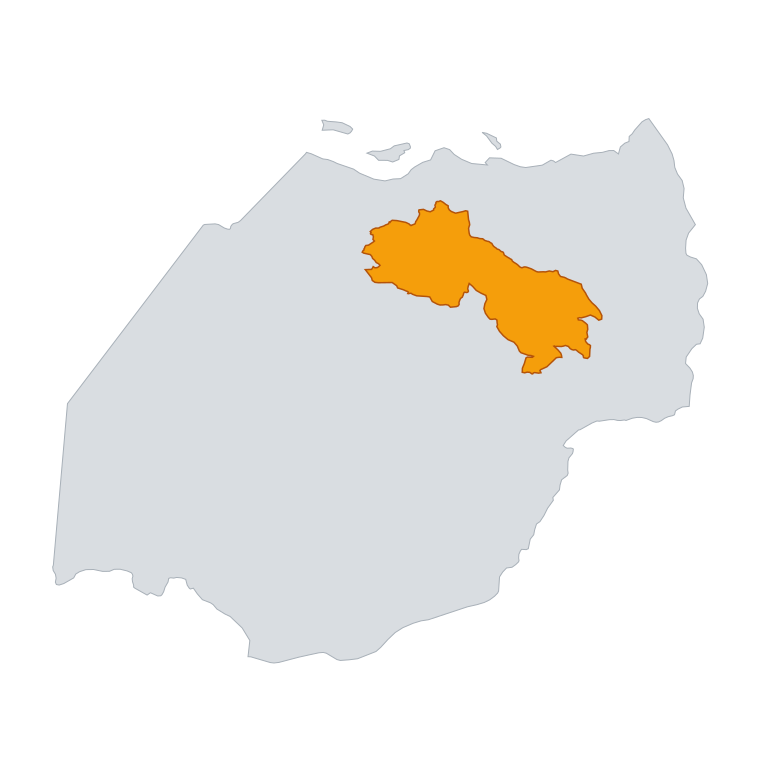 where Morogoro sits in United Republic of Tanzania, rotated 275°
{"feature_id": "TZA-3379", "entity_name": "Morogoro", "entity_type": "Region", "adm_level": 1, "iso_a3": "TZA", "parent_name": "United Republic of Tanzania", "parent_adm1": "", "projection": "robinson", "projection_center": [37.042, -7.875], "detail": "fine", "context": "in_parent", "style": "filled", "palette": "amber", "viewbox_px": 768, "rotation_deg": 275, "n_neighbors": 0, "source": "natural_earth", "source_scale": "10m", "svg_char_len": 7996}
<svg xmlns="http://www.w3.org/2000/svg" viewBox="0 0 768 768"><g transform="rotate(275 384 384)"><path d="M282.9,562.8L274.5,557.8L266.9,554.8L260.6,551.4L257.8,548.1L251.9,546.8L246.9,546.3L242.2,543.2L232.5,542.1L231.4,540.1L231.3,535.5L229.6,534.4L226.1,533.2L222.3,533.3L220.0,533.9L218.6,533.6L215.5,530.9L212.6,527.5L211.4,522.1L207.0,518.6L201.9,515.9L187.8,516.2L185.6,515.4L182.2,512.6L178.2,508.1L175.1,502.9L172.3,495.9L169.3,486.5L153.0,448.7L151.3,441.6L148.1,433.7L142.9,424.0L137.4,416.8L129.9,410.2L121.4,403.7L116.8,399.3L108.0,381.6L106.2,373.2L104.8,364.6L105.4,361.1L110.8,350.0L111.3,346.9L110.6,342.7L107.9,333.9L104.5,323.1L97.5,303.6L96.5,298.7L96.6,295.0L100.6,275.1L100.5,272.3L116.8,272.7L128.6,264.0L139.0,251.0L141.0,245.6L145.2,237.2L149.3,233.1L150.9,230.2L153.3,221.9L158.7,216.3L164.0,211.9L162.9,208.9L163.6,207.8L166.5,205.5L172.1,203.5L173.2,199.2L173.2,194.2L172.3,191.5L172.4,188.3L171.6,186.5L167.9,186.1L162.5,183.6L157.9,182.6L154.8,181.2L153.6,180.1L153.1,177.1L155.7,169.5L153.1,166.4L158.8,153.8L159.8,152.3L161.9,152.1L165.1,150.7L168.1,150.1L170.6,150.6L172.4,150.1L174.0,148.7L175.4,144.4L176.5,137.2L175.9,131.4L173.5,126.9L172.8,120.1L173.9,110.9L173.1,103.2L170.5,97.1L167.8,93.5L163.8,91.8L157.3,82.4L155.4,77.9L155.7,75.1L157.9,73.9L162.0,74.3L165.8,73.3L169.4,70.7L172.9,69.9L174.7,70.4L336.9,70.4L526.5,190.1L527.3,191.5L528.8,201.8L528.4,205.3L525.5,211.3L524.7,214.4L524.6,216.5L525.4,217.4L527.8,217.7L530.0,219.1L530.7,220.2L532.4,224.7L534.4,226.9L606.4,285.7L608.0,286.6L607.0,291.5L602.9,303.4L602.7,308.4L601.1,314.3L599.6,318.1L595.4,335.0L591.9,341.3L587.2,356.0L586.4,367.3L589.0,375.2L590.0,382.6L595.5,389.8L599.9,392.4L602.9,395.7L608.2,403.3L611.3,410.9L620.8,414.6L624.6,423.2L623.2,429.0L618.8,433.9L614.6,441.8L611.3,452.1L611.2,467.9L613.4,465.5L618.5,469.4L619.1,481.0L613.9,494.6L612.3,500.9L612.0,506.3L615.8,522.6L621.5,530.8L621.0,533.4L619.6,535.6L629.3,550.2L628.5,562.9L632.2,572.8L633.8,581.4L636.2,588.0L636.6,592.5L633.6,597.5L640.7,598.8L644.9,602.9L646.9,606.9L652.0,606.7L654.8,609.4L658.8,611.6L667.7,618.2L670.1,621.5L671.5,624.7L647.0,645.6L638.2,651.0L631.9,653.4L625.1,654.8L618.7,658.1L612.7,663.3L604.9,665.9L595.5,665.9L585.5,669.5L569.9,680.3L560.9,674.3L553.7,672.4L545.5,672.6L540.5,673.4L538.7,674.6L537.2,678.3L535.9,684.3L530.5,690.1L521.1,695.6L512.4,697.7L504.4,696.3L499.1,694.0L496.2,690.8L492.1,689.3L486.7,689.6L481.4,691.9L476.4,696.2L468.5,698.1L457.5,697.5L451.6,695.4L450.8,691.8L446.0,687.6L437.2,682.7L430.7,682.6L426.6,687.3L422.8,690.2L419.4,691.4L416.3,691.5L411.9,690.3L399.7,689.8L388.3,690.0L387.1,683.2L384.7,679.2L382.6,676.7L378.7,676.1L377.6,674.2L376.2,670.0L374.3,666.5L371.7,663.5L370.1,660.8L369.6,658.3L370.0,655.5L372.4,648.6L373.1,643.9L372.8,639.1L371.5,634.2L368.8,628.3L369.1,626.6L368.2,622.6L368.1,619.8L368.6,616.2L368.1,611.6L365.7,601.8L365.7,599.3L363.2,594.5L355.5,583.2L355.2,581.8L343.2,570.4L338.4,567.9L336.7,570.1L336.0,572.0L336.5,575.7L336.2,577.5L335.7,578.3L332.9,578.2L331.1,577.8L326.6,574.7L323.0,574.0L314.3,574.5L311.2,575.2L308.8,574.5L304.1,569.3L298.7,568.2L293.8,568.0L285.7,562.1L282.9,562.8ZM622.1,373.4L626.1,385.9L625.5,388.2L622.7,389.6L621.3,389.7L619.6,387.8L618.3,383.5L616.2,384.5L612.6,379.5L609.0,379.3L605.9,373.3L607.1,368.0L606.4,359.1L610.3,354.6L612.5,346.9L615.0,352.1L615.5,360.3L618.9,369.9L622.1,373.4ZM641.3,299.1L641.6,302.0L640.8,304.8L640.9,313.7L640.6,319.6L637.6,327.7L635.2,330.6L633.1,329.7L631.3,328.4L629.9,326.2L632.8,311.2L631.4,300.3L636.9,301.4L641.3,299.1ZM633.1,479.0L630.3,479.8L629.2,479.0L627.5,476.6L630.4,474.5L633.3,470.5L640.1,464.5L643.2,459.8L642.7,464.4L638.9,474.5L635.7,475.2L633.1,479.0Z" fill="#d9dde1" stroke="#a8b0b8" stroke-width="1"/><path d="M534.5,477.0L534.2,477.5L533.7,478.6L533.4,479.2L532.9,479.5L531.6,480.4L530.8,481.2L530.2,482.0L529.1,484.0L528.8,484.4L528.5,484.7L528.2,485.1L528.1,485.6L528.1,486.2L528.0,486.6L527.8,487.0L526.5,488.7L526.1,489.5L526.0,490.4L525.6,491.3L524.8,491.8L523.9,492.1L523.1,492.5L522.7,493.0L521.0,496.2L520.3,497.8L519.6,499.0L519.3,499.9L519.1,500.3L518.7,500.6L518.0,500.9L517.7,501.1L516.7,502.5L515.2,505.5L514.3,506.9L513.3,508.1L512.2,509.6L511.8,511.3L512.7,513.1L512.9,513.9L512.9,515.1L512.7,516.4L511.5,520.9L509.3,526.0L509.0,527.7L509.7,533.1L509.7,535.0L511.0,538.8L510.6,542.5L512.1,545.0L511.7,547.3L508.9,548.3L506.5,550.5L506.0,554.2L505.4,556.0L504.6,557.6L500.6,571.8L496.7,573.1L492.1,576.9L490.5,577.8L486.4,580.7L483.0,584.1L480.0,588.1L475.9,592.2L471.1,595.1L467.6,595.2L466.3,592.4L469.1,588.3L470.7,583.6L468.7,579.3L467.1,574.8L467.1,572.9L466.4,571.3L465.9,571.6L464.8,572.0L464.8,574.6L464.4,576.1L462.1,579.7L460.8,581.3L460.5,581.5L456.2,582.2L453.0,581.6L448.6,582.9L447.2,582.0L446.9,581.5L446.4,581.7L446.1,581.2L446.2,580.5L443.9,581.2L441.6,583.5L441.1,585.1L440.3,586.3L438.4,586.4L436.6,586.1L429.4,586.4L427.2,584.5L427.5,580.9L428.3,580.2L429.5,580.1L430.5,579.2L432.7,575.1L434.5,572.6L434.9,571.4L434.4,570.2L434.6,568.3L435.4,566.5L437.5,564.4L438.2,561.4L437.4,559.5L436.8,557.4L436.6,553.2L436.4,552.1L436.3,551.1L436.7,550.5L436.5,550.0L433.2,554.2L430.1,557.4L428.1,558.3L426.0,558.8L425.9,556.1L425.2,553.4L415.4,544.8L411.9,538.7L410.8,538.1L409.9,538.9L408.9,539.4L408.3,537.1L408.5,533.0L408.0,531.8L407.1,531.3L407.0,530.4L408.3,528.2L408.3,525.6L407.4,523.2L407.7,520.7L411.8,520.5L416.5,522.0L422.4,523.2L423.3,524.5L423.5,529.5L424.6,530.5L425.2,527.9L425.2,525.1L427.1,517.7L428.6,516.0L433.4,513.5L437.0,509.8L439.0,503.7L442.5,498.7L446.5,494.5L451.0,491.4L452.9,491.9L454.6,491.4L457.6,490.9L458.5,489.2L458.1,487.2L457.9,486.3L457.8,485.3L457.8,484.5L457.9,483.9L459.5,482.1L463.3,478.9L467.8,477.0L472.7,477.5L477.2,479.1L481.1,477.8L483.0,472.6L485.3,467.7L489.0,463.8L491.6,460.1L490.5,459.8L490.0,459.8L489.8,459.8L489.0,459.4L486.4,459.1L486.0,459.1L485.3,459.4L484.6,459.8L483.8,460.0L482.8,459.5L482.5,458.9L482.3,458.3L482.5,456.5L482.5,456.3L482.4,456.1L482.1,455.8L481.7,455.6L480.9,455.4L479.6,455.2L478.6,454.8L477.4,454.5L477.2,454.3L476.7,453.6L475.8,452.8L474.7,452.3L472.3,451.7L471.7,451.6L470.5,451.8L469.8,451.9L468.3,451.1L467.4,449.4L466.3,443.5L468.2,441.2L468.5,438.5L467.9,435.7L467.6,432.8L468.2,430.1L470.4,424.9L474.7,422.0L474.9,419.3L474.7,408.8L475.9,404.5L476.7,403.2L476.6,401.7L476.1,400.8L476.2,399.8L476.9,400.1L477.7,400.2L478.3,399.1L478.6,397.9L479.6,395.0L480.9,389.2L483.0,388.1L485.8,383.3L484.4,369.5L484.5,366.1L486.1,363.3L488.8,362.3L496.3,355.4L497.1,361.6L498.7,362.5L500.0,363.0L499.0,364.8L499.2,366.3L499.4,366.7L499.4,367.2L500.5,368.6L501.9,369.7L503.3,368.1L504.3,365.7L506.5,363.9L508.1,361.7L510.0,360.8L511.7,359.1L512.6,352.4L513.4,350.8L515.0,351.5L515.3,351.7L515.4,352.1L516.1,352.4L516.9,352.3L517.8,352.8L518.7,352.9L520.4,353.8L521.0,356.5L524.4,360.8L525.6,362.0L527.0,360.4L529.7,360.6L531.8,359.8L531.8,358.2L532.5,357.4L533.8,357.9L534.6,357.0L537.0,359.1L538.6,362.1L538.7,363.8L539.0,365.4L539.9,366.5L541.3,369.9L542.7,371.9L543.3,373.3L544.0,374.5L545.4,375.0L546.6,375.3L545.8,375.4L545.5,375.9L546.8,376.7L547.8,377.9L547.9,382.6L546.9,391.6L545.6,395.1L544.6,396.2L544.6,397.5L544.4,397.5L544.9,398.4L545.5,399.4L546.0,400.7L547.0,401.2L548.5,401.4L550.0,402.3L555.1,404.5L556.3,404.6L557.6,404.4L558.0,403.9L558.6,403.6L559.6,403.5L560.5,403.7L561.4,408.1L560.1,411.6L559.6,415.0L561.6,418.3L562.7,418.2L563.6,418.9L564.1,419.4L564.7,419.7L565.6,419.5L566.3,419.2L567.4,419.4L568.2,420.0L569.5,419.9L570.4,420.8L570.6,422.8L571.1,423.5L571.4,424.3L570.1,427.2L568.3,429.9L567.1,432.4L565.1,432.6L563.1,433.9L561.7,436.1L560.4,440.4L562.7,447.7L563.7,450.2L563.4,452.3L555.1,453.9L552.6,454.9L550.0,455.5L548.2,455.0L546.3,454.7L541.7,455.7L539.7,456.5L538.2,458.1L537.8,461.0L537.8,464.1L537.2,466.8L537.3,469.7L537.1,469.9L536.8,470.4L536.6,470.9L536.4,471.0L536.2,471.2L535.9,471.6L535.8,472.0L535.2,474.4L535.1,475.8L534.9,476.4L534.5,477.0Z" fill="#f59e0b" stroke="#b45309" stroke-width="1.5"/></g></svg>